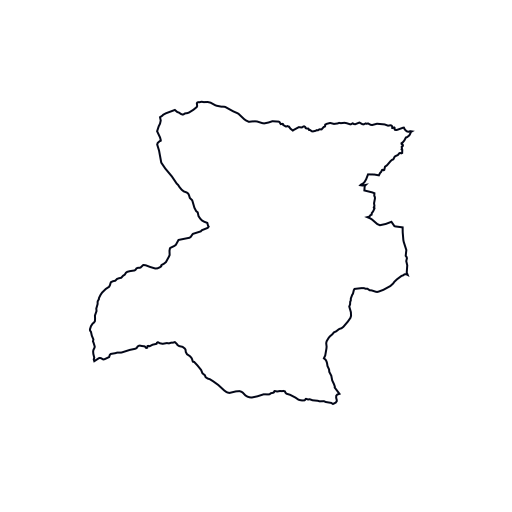 San Pedro De Cartago, Nariño, Colombia (Mercator projection), rotated 253°
{"feature_id": "7082276B73573713575428", "entity_name": "San Pedro De Cartago", "entity_type": "district", "adm_level": 2, "iso_a3": "COL", "parent_name": "Colombia", "parent_adm1": "Nariño", "projection": "mercator", "projection_center": [-77.1, 1.539], "detail": "fine", "context": "isolated", "style": "outline", "palette": "ink", "viewbox_px": 512, "rotation_deg": 253, "n_neighbors": 0, "source": "geoboundaries", "source_scale": "gbopen_adm2", "svg_char_len": 6099}
<svg xmlns="http://www.w3.org/2000/svg" viewBox="0 0 512 512"><g transform="rotate(253 256 256)"><path d="M329.6,441.4L330.3,439.9L330.2,438.2L330.9,436.9L332.4,435.8L334.2,435.1L335.5,435.0L335.7,434.4L335.4,428.6L335.4,427.3L335.9,425.9L336.5,425.6L338.2,426.0L338.5,425.8L338.4,424.1L338.6,423.7L339.9,424.1L340.5,424.0L341.2,423.6L341.7,422.8L342.0,420.4L344.2,417.5L347.1,410.4L347.3,405.3L348.0,403.9L350.0,401.9L350.1,400.4L350.7,399.7L350.4,397.4L351.0,396.2L353.4,393.9L353.0,389.4L353.6,388.1L354.6,387.3L354.2,385.1L354.3,384.7L356.5,381.5L357.5,379.6L358.2,376.0L359.0,374.4L358.9,372.8L359.5,369.2L361.5,365.9L361.6,365.1L361.7,362.3L361.4,360.6L359.9,360.0L359.6,359.6L359.6,358.5L357.9,355.7L358.6,353.7L358.1,351.9L358.6,350.8L358.3,349.7L358.5,346.8L358.9,345.9L360.7,344.5L361.0,343.6L362.1,343.5L362.6,343.2L362.8,342.3L363.7,340.9L364.9,340.8L365.8,340.1L366.0,339.3L365.5,337.4L366.7,334.6L365.5,328.7L365.2,327.9L367.8,326.1L370.0,325.4L370.1,325.0L371.0,324.2L371.0,322.8L371.2,322.3L373.4,320.3L374.4,320.3L374.7,319.8L374.9,318.2L377.3,317.6L377.9,316.9L380.1,311.1L380.0,307.0L380.4,302.6L381.2,300.9L384.3,296.4L385.0,294.7L385.8,291.8L386.4,288.4L388.6,286.0L390.3,284.7L397.0,280.9L397.9,280.1L401.0,276.5L407.5,270.2L408.1,269.1L409.0,266.4L411.2,262.3L412.1,261.1L415.9,257.4L417.4,254.8L418.4,251.1L419.4,249.1L419.6,246.7L420.0,245.7L419.9,244.7L419.4,244.1L416.7,243.6L415.8,242.9L415.2,241.5L414.1,238.8L412.8,233.9L412.7,232.2L413.1,229.8L412.7,228.4L412.6,227.4L413.6,225.9L415.7,224.2L416.7,222.8L419.4,221.1L418.8,211.5L418.2,208.5L417.6,207.5L416.8,204.8L413.4,204.5L410.6,202.9L408.5,200.9L404.2,197.9L397.4,198.9L394.5,198.8L394.0,198.5L394.0,197.5L392.9,195.1L391.5,194.1L385.1,194.1L373.0,192.7L366.2,194.8L356.7,198.8L348.5,201.3L346.7,202.3L344.2,203.0L341.1,204.3L338.9,205.8L337.0,208.3L335.5,209.4L333.8,209.7L330.8,209.7L328.1,211.2L327.2,211.3L320.1,211.2L316.4,211.9L314.8,213.0L310.9,212.7L308.0,213.6L305.8,214.7L303.9,216.5L301.9,219.1L299.2,219.0L297.9,219.3L297.0,218.0L296.5,211.8L295.7,210.4L295.6,202.2L295.3,201.6L293.3,199.1L292.9,197.7L294.0,186.6L290.1,182.6L289.5,180.9L288.8,176.4L288.4,175.9L286.3,174.8L282.2,173.7L280.8,172.5L276.5,168.1L275.5,165.6L275.0,163.0L274.5,162.5L273.8,162.3L273.3,160.6L273.0,158.1L273.5,156.0L276.5,151.5L279.3,147.9L280.3,145.8L280.3,145.4L278.7,142.2L278.8,141.1L279.2,139.7L279.1,138.1L278.0,136.7L277.7,135.6L278.4,130.9L278.5,128.2L278.0,126.7L276.5,125.0L276.0,123.1L274.6,120.8L274.8,118.3L274.7,116.4L273.5,114.2L273.7,111.9L273.4,109.7L272.8,109.1L270.8,107.8L269.5,106.5L268.4,102.7L266.0,98.1L264.3,96.0L262.2,94.0L261.5,93.4L260.7,93.2L259.1,91.5L258.4,91.1L256.4,90.5L252.4,87.9L250.0,87.4L246.2,84.6L242.9,83.7L240.8,82.9L239.8,81.7L239.1,80.0L237.2,77.7L234.5,75.8L233.2,75.5L231.7,76.0L227.8,75.7L223.8,76.1L221.9,75.1L221.0,75.3L216.6,75.3L215.7,74.9L213.6,73.0L212.2,72.3L209.9,71.8L206.1,71.6L204.5,70.6L202.7,70.6L204.2,75.8L204.2,76.8L203.6,77.9L201.7,79.7L201.6,81.1L202.3,86.0L204.2,87.3L204.8,88.5L204.2,93.0L204.2,95.0L203.0,99.1L203.1,107.9L202.6,113.2L202.8,114.8L204.1,116.4L204.4,117.9L204.3,118.7L203.3,120.5L202.2,123.0L201.6,123.5L200.5,123.8L200.1,124.3L200.1,125.2L201.6,126.0L201.5,126.8L200.8,127.9L201.4,131.2L201.1,135.2L202.0,135.9L202.2,137.0L200.7,138.5L199.3,141.1L198.8,145.3L197.9,147.2L197.9,149.5L197.4,151.2L197.4,153.2L195.2,154.5L193.8,154.9L192.3,156.2L190.6,159.2L188.4,160.8L187.1,161.2L184.7,160.8L182.2,161.3L179.7,163.4L177.7,164.4L176.2,164.7L173.7,164.7L173.2,164.9L172.8,165.9L168.5,168.0L163.0,170.2L159.5,170.5L156.8,172.3L155.3,172.3L154.7,172.5L152.9,174.0L151.7,175.8L148.7,178.4L143.7,182.2L136.7,186.3L134.5,188.0L133.7,189.0L132.8,190.6L132.4,197.2L131.6,200.7L130.4,202.4L129.2,203.4L125.8,205.1L124.0,206.7L122.6,208.8L121.9,210.6L121.4,216.4L121.5,222.9L120.0,227.4L119.8,228.6L120.4,230.0L120.2,232.8L120.4,233.3L121.2,233.8L121.4,234.4L120.2,236.7L119.9,239.4L119.2,241.2L118.9,242.9L118.0,244.1L116.7,244.2L115.4,244.9L113.3,248.0L109.1,252.3L106.2,254.6L105.4,255.8L104.4,257.8L103.8,260.0L104.0,260.8L104.8,261.8L104.7,262.2L103.5,263.9L103.4,265.2L103.0,265.9L101.5,267.9L99.5,272.7L98.4,274.4L97.3,278.5L96.0,280.0L93.5,285.0L92.0,286.3L92.5,289.4L93.6,290.8L94.6,291.1L97.0,291.2L98.9,291.9L99.7,293.1L99.8,295.5L107.2,292.8L108.0,293.2L110.6,293.1L114.8,292.5L119.5,293.0L123.7,292.2L126.2,292.7L129.9,292.2L132.8,292.6L134.7,292.6L136.5,292.2L138.3,291.0L140.6,293.1L146.9,296.3L148.6,297.0L151.9,297.6L153.0,298.1L154.0,298.8L156.6,301.7L157.6,303.3L158.8,306.1L160.2,308.2L160.5,310.6L161.7,313.7L161.9,314.9L161.9,316.6L162.7,318.8L166.4,324.6L169.2,328.2L171.0,329.4L174.5,330.3L180.4,330.4L182.2,331.8L184.7,332.7L185.7,333.6L187.7,334.3L190.8,336.7L191.6,337.7L194.8,339.6L195.7,340.6L194.4,347.7L193.7,349.8L192.6,351.3L192.1,353.0L190.0,354.7L189.3,356.5L186.8,360.1L186.2,361.3L186.1,362.9L186.4,367.9L188.0,375.7L189.6,379.1L190.9,380.8L192.5,384.0L194.4,389.3L194.5,391.2L195.0,392.4L195.0,393.3L194.2,394.9L193.6,395.5L196.1,395.3L202.8,397.9L207.2,398.2L209.8,399.7L211.1,399.7L212.4,399.2L217.7,401.5L226.4,401.4L228.3,401.6L235.7,403.2L240.5,404.6L243.6,397.8L244.1,397.1L249.1,395.5L248.7,389.5L249.2,383.5L251.1,381.3L257.0,377.6L258.6,376.2L260.6,373.8L260.5,375.9L261.6,377.4L261.7,378.6L263.2,379.3L264.4,381.0L266.7,383.1L267.1,383.3L267.6,382.8L268.0,382.8L269.2,383.9L271.9,384.3L276.3,386.6L277.6,386.9L279.0,386.7L281.4,387.6L282.8,385.8L287.0,378.8L290.4,380.1L291.4,380.7L291.9,381.7L292.2,378.6L293.2,376.5L293.5,377.0L294.1,379.8L295.0,381.4L297.1,383.7L301.3,387.0L299.3,393.0L297.2,397.1L299.1,398.9L299.8,400.2L301.4,401.7L301.4,402.4L300.7,403.1L300.8,403.8L303.7,405.5L304.4,407.7L307.5,412.6L308.2,414.2L308.2,415.1L308.4,415.7L310.3,417.5L310.7,418.3L311.1,421.2L312.4,423.2L312.4,424.0L311.7,424.9L311.8,425.9L314.7,426.9L315.4,426.4L316.3,427.1L317.8,427.2L318.1,427.5L318.2,428.4L319.0,428.9L319.9,428.7L320.5,428.0L321.3,428.1L321.9,429.8L323.1,431.6L325.5,434.0L325.5,435.3L326.5,437.8L327.3,438.7L329.4,440.5L329.6,441.4Z" fill="none" stroke="#020617" stroke-width="2"/></g></svg>